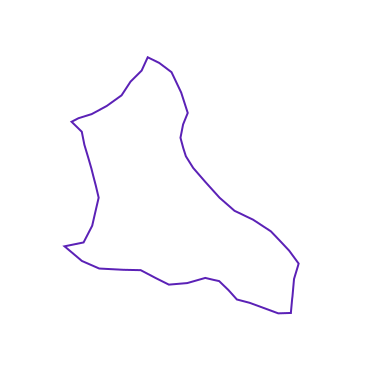 Mégri, Wadi Fira, Chad (Natural Earth projection), rotated 113°
{"feature_id": "50815135B12471481376218", "entity_name": "Mégri", "entity_type": "district", "adm_level": 2, "iso_a3": "TCD", "parent_name": "Chad", "parent_adm1": "Wadi Fira", "projection": "natural_earth1", "projection_center": [21.641, 15.331], "detail": "fine", "context": "isolated", "style": "outline", "palette": "violet", "viewbox_px": 384, "rotation_deg": 113, "n_neighbors": 0, "source": "geoboundaries", "source_scale": "gbopen_adm2", "svg_char_len": 882}
<svg xmlns="http://www.w3.org/2000/svg" viewBox="0 0 384 384"><g transform="rotate(113 192 192)"><path d="M174.4,330.3L179.6,317.0L190.6,309.5L201.2,300.7L209.8,293.7L216.0,289.0L223.9,282.9L233.7,275.7L251.4,272.6L262.0,270.7L263.5,270.8L280.8,272.1L291.8,288.1L298.5,266.4L298.7,247.5L290.4,224.7L284.0,208.7L285.4,191.7L286.3,177.1L277.7,160.8L265.9,146.2L264.5,138.0L263.4,132.2L268.1,120.0L273.4,108.7L271.5,95.8L270.0,65.2L264.7,53.7L264.2,53.9L251.4,58.0L248.9,58.7L232.2,64.1L218.3,65.6L216.2,65.9L208.0,79.7L203.4,90.1L197.4,104.0L193.6,125.1L193.3,132.3L193.0,138.0L192.7,145.5L186.5,164.4L177.6,183.5L169.4,200.3L161.5,211.6L155.0,217.2L146.6,223.8L133.3,226.6L120.9,226.8L104.7,240.8L95.8,250.8L89.7,257.7L86.0,272.6L85.3,285.4L99.9,285.8L114.4,291.7L130.5,294.6L146.1,304.1L159.4,314.7L168.4,325.3L174.4,330.3Z" fill="none" stroke="#5b21b6" stroke-width="2"/></g></svg>